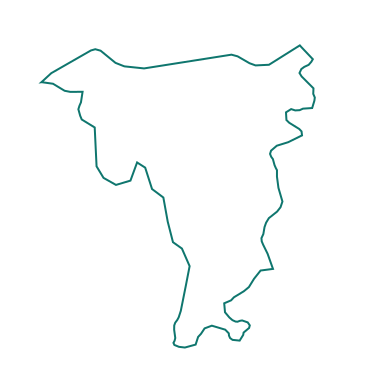 outline of Saldus, rotated 173°
{"feature_id": "LVA-1068", "entity_name": "Saldus", "entity_type": "Municipality", "adm_level": 1, "iso_a3": "LVA", "parent_name": "Latvia", "parent_adm1": "", "projection": "orthographic", "projection_center": [22.32, 56.635], "detail": "fine", "context": "isolated", "style": "outline", "palette": "teal", "viewbox_px": 384, "rotation_deg": 173, "n_neighbors": 0, "source": "natural_earth", "source_scale": "10m", "svg_char_len": 1647}
<svg xmlns="http://www.w3.org/2000/svg" viewBox="0 0 384 384"><g transform="rotate(173 192 192)"><path d="M136.1,323.5L130.2,321.1L119.2,312.8L113.5,309.9L100.1,308.9L67.1,324.4L66.9,324.2L66.4,323.3L55.9,309.1L57.7,306.7L60.7,304.0L65.3,302.5L68.5,300.7L70.8,297.0L69.1,293.3L58.8,280.1L59.7,274.6L58.6,270.8L59.4,267.7L62.5,260.7L71.7,261.2L75.2,260.1L79.6,260.4L83.5,262.2L89.0,259.6L89.5,251.9L87.0,248.8L77.9,241.5L75.9,238.8L75.9,234.8L90.5,229.7L102.2,227.6L108.5,223.4L109.9,220.3L109.1,217.3L107.7,214.8L106.8,208.6L105.9,205.6L105.0,203.3L105.8,196.9L105.7,185.6L103.4,171.5L106.0,166.1L109.9,162.2L118.9,156.7L122.2,152.5L124.3,148.3L126.3,141.6L128.7,137.7L128.8,134.5L127.8,131.0L124.5,121.5L121.0,105.8L133.5,105.7L141.0,98.3L147.1,90.7L152.6,87.2L163.2,82.4L166.4,79.7L173.6,77.6L173.9,68.6L170.2,62.9L167.5,59.9L164.6,58.1L162.6,57.7L160.2,58.3L157.9,58.4L152.6,55.8L150.9,52.6L151.9,50.1L157.9,46.2L158.6,43.9L162.8,38.7L169.8,40.3L172.0,42.4L172.8,45.0L172.7,47.2L175.8,51.3L188.6,56.9L196.1,55.1L200.4,50.1L203.6,47.4L207.0,40.1L218.0,38.5L223.8,39.9L228.1,42.3L228.8,44.5L227.4,46.5L226.4,49.1L226.5,57.5L225.9,61.7L224.6,64.3L222.2,66.8L220.5,69.2L217.6,75.4L209.4,100.2L203.4,118.7L208.9,137.1L217.0,144.5L219.7,165.4L221.1,190.0L231.3,199.8L235.5,221.9L242.9,228.0L251.7,210.8L266.6,208.3L278.1,216.8L283.6,229.1L280.7,267.9L292.6,277.4L293.7,281.3L294.7,288.0L293.1,291.5L291.3,294.5L288.4,304.8L300.6,306.2L306.1,308.0L316.8,316.4L327.7,319.3L328.1,319.3L317.2,327.1L275.1,344.8L270.6,345.5L265.5,343.4L252.2,329.5L244.3,325.2L243.6,324.9L224.5,320.5L136.1,323.5Z" fill="none" stroke="#0f766e" stroke-width="2"/></g></svg>